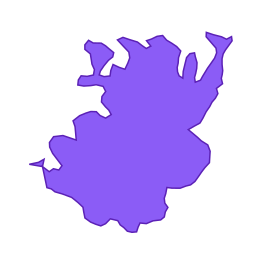 Boa Vista do Buricá, Rio Grande do Sul, Brazil (Natural Earth projection), rotated 96°
{"feature_id": "56859067B45095421643767", "entity_name": "Boa Vista do Buricá", "entity_type": "district", "adm_level": 2, "iso_a3": "BRA", "parent_name": "Brazil", "parent_adm1": "Rio Grande do Sul", "projection": "natural_earth1", "projection_center": [-54.117, -27.681], "detail": "fine", "context": "isolated", "style": "filled", "palette": "violet", "viewbox_px": 256, "rotation_deg": 96, "n_neighbors": 0, "source": "geoboundaries", "source_scale": "gbopen_adm2", "svg_char_len": 2140}
<svg xmlns="http://www.w3.org/2000/svg" viewBox="0 0 256 256"><g transform="rotate(96 128 128)"><path d="M175.3,209.0L195.8,202.4L196.6,197.9L199.1,194.0L200.4,186.6L202.9,176.8L207.3,170.0L211.5,164.5L216.3,163.2L222.0,161.4L225.5,155.3L227.1,150.0L228.2,144.8L225.5,140.3L220.2,136.1L221.2,128.5L225.2,125.6L227.5,121.7L230.7,117.9L231.3,113.2L230.4,108.6L225.5,107.6L221.2,106.1L221.2,99.8L217.7,93.4L216.0,85.9L212.7,82.6L207.5,82.1L202.8,80.0L198.9,83.5L194.1,84.6L189.3,83.6L183.1,83.1L183.2,78.0L182.4,69.8L179.7,64.4L178.0,59.8L174.1,55.8L168.8,52.8L164.2,50.3L159.4,47.4L154.0,43.4L142.5,43.9L136.5,46.9L133.1,53.8L130.0,57.9L123.3,67.9L119.5,62.7L115.5,56.9L110.3,54.5L103.7,52.0L98.2,49.0L93.6,47.2L89.2,44.2L84.4,42.2L79.4,44.2L74.1,38.6L68.9,40.4L65.0,39.9L61.1,39.8L54.9,41.1L49.3,41.7L44.4,41.1L40.3,39.3L35.1,36.3L30.4,33.6L26.3,34.6L29.4,39.3L27.5,44.5L26.3,52.7L24.7,60.1L29.1,59.8L34.8,53.7L39.4,48.8L44.0,47.7L49.5,49.2L55.5,52.5L60.1,55.1L65.0,57.4L69.0,59.3L72.9,60.9L75.4,65.9L70.8,67.1L66.8,66.4L61.6,65.9L55.8,66.2L50.1,68.5L46.3,69.7L47.6,74.2L51.8,77.1L58.3,78.0L65.9,79.0L72.7,78.7L70.8,82.6L67.0,84.6L62.7,85.4L58.2,84.9L52.8,85.1L45.9,83.6L41.9,88.1L39.1,93.4L36.6,98.8L32.4,103.2L33.8,108.7L37.1,114.0L39.2,118.7L44.2,113.9L47.0,118.2L44.7,122.4L41.5,127.6L39.9,135.8L38.4,142.5L41.5,147.7L47.6,140.7L52.4,135.1L58.1,133.6L63.3,134.9L69.9,137.2L68.6,143.2L66.4,149.5L72.6,151.1L78.1,151.3L79.4,157.2L78.2,162.2L74.2,161.4L68.6,158.4L62.7,154.5L58.9,150.6L54.5,150.1L51.1,155.3L48.6,158.9L46.4,163.5L47.1,171.5L44.9,176.4L49.8,179.6L54.3,179.1L58.2,173.2L64.1,171.6L68.3,170.5L73.4,167.5L78.9,167.9L80.9,174.0L81.0,180.1L85.4,182.4L90.5,182.4L90.9,176.3L89.7,169.3L88.3,164.2L89.2,157.1L94.0,154.0L99.4,157.2L104.9,157.1L109.3,152.6L112.2,149.0L116.4,146.1L120.5,151.3L118.5,157.1L115.1,161.2L115.5,166.7L117.6,171.5L120.8,177.4L126.6,183.4L132.2,180.8L145.4,178.2L142.3,191.9L144.4,201.1L150.6,204.6L155.2,203.9L161.1,200.3L172.4,189.7L177.0,192.4L176.3,197.9L179.7,201.8L175.3,209.0ZM175.3,209.0L167.8,208.2L171.5,213.4L174.4,222.4L175.3,209.0Z" fill="#8b5cf6" stroke="#5b21b6" stroke-width="1.5"/></g></svg>